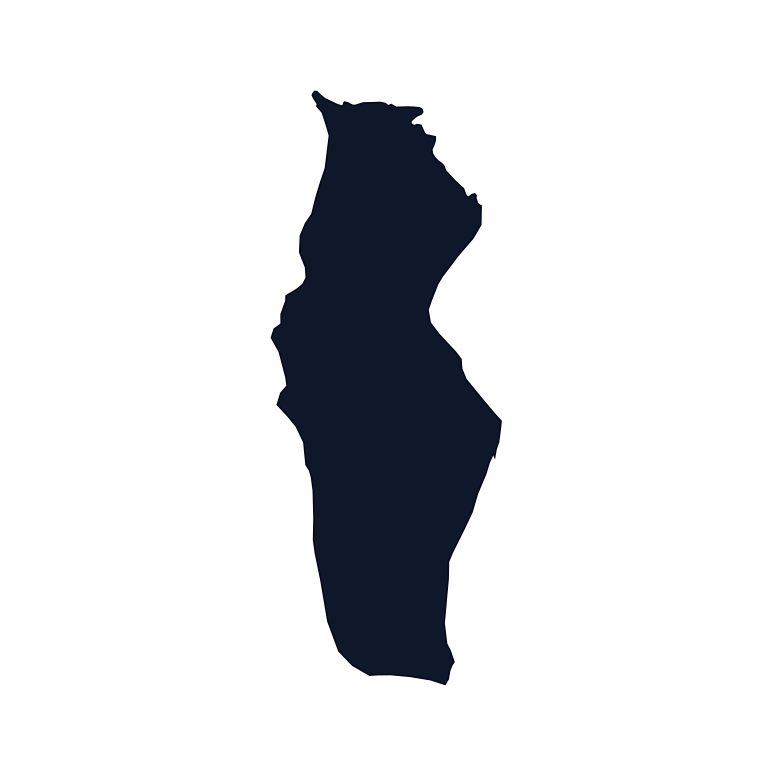 Tchien, Grand Gedeh, Liberia, rotated 317°
{"feature_id": "62588387B79134287051190", "entity_name": "Tchien", "entity_type": "district", "adm_level": 2, "iso_a3": "LBR", "parent_name": "Liberia", "parent_adm1": "Grand Gedeh", "projection": "natural_earth1", "projection_center": [-8.022, 6.011], "detail": "fine", "context": "isolated", "style": "filled", "palette": "ink", "viewbox_px": 768, "rotation_deg": 317, "n_neighbors": 0, "source": "geoboundaries", "source_scale": "gbopen_adm2", "svg_char_len": 2295}
<svg xmlns="http://www.w3.org/2000/svg" viewBox="0 0 768 768"><g transform="rotate(317 384 384)"><path d="M223.8,645.4L227.9,644.1L228.7,643.9L229.9,643.5L236.4,638.5L241.6,636.0L245.6,635.0L250.4,624.3L252.6,616.7L264.8,600.0L281.7,584.9L282.3,584.3L298.1,570.2L309.9,558.0L318.6,554.0L345.0,544.1L361.2,537.6L365.9,534.8L377.4,528.0L388.9,522.8L397.5,518.9L407.1,513.3L416.7,509.3L415.3,512.8L421.7,508.0L428.3,504.5L434.4,499.5L440.5,494.4L444.4,490.9L444.5,481.2L445.3,464.5L445.4,463.0L447.1,436.6L451.1,426.0L457.2,418.4L458.1,409.5L458.1,399.6L458.1,390.4L458.1,385.0L459.5,370.8L466.9,359.6L476.5,354.6L491.4,347.5L499.1,345.3L500.1,345.0L525.9,340.5L547.8,338.1L548.6,338.0L563.5,333.5L576.7,319.8L576.1,319.4L575.6,315.7L578.0,310.6L580.0,308.9L580.0,306.7L577.2,305.4L573.4,305.2L572.4,302.9L573.6,299.3L575.4,295.3L574.9,290.9L574.5,284.0L574.5,269.8L576.6,265.0L576.5,261.5L575.7,258.2L575.6,252.5L576.6,248.4L578.9,245.1L583.7,243.1L587.9,240.6L590.1,238.2L587.5,234.3L586.6,233.0L584.8,230.6L584.7,228.0L587.5,219.9L585.2,216.9L582.5,215.7L581.5,213.9L581.5,211.6L583.3,210.0L590.8,210.3L595.2,211.9L597.8,211.6L599.2,209.1L598.4,206.4L594.8,202.2L590.3,197.6L581.5,189.9L579.9,184.5L576.9,183.6L576.1,179.6L573.3,175.5L568.6,171.5L560.7,164.4L552.5,160.4L550.8,158.2L549.2,153.6L547.5,150.9L546.4,151.0L544.6,152.3L542.6,152.0L540.0,146.9L535.3,135.1L534.5,129.2L534.4,124.3L532.5,122.6L529.6,123.3L528.5,124.0L527.5,126.9L527.0,130.3L526.3,133.5L525.4,134.8L524.4,134.8L524.1,143.3L517.9,156.5L513.5,165.1L502.6,174.2L495.4,180.3L488.2,186.3L475.9,192.9L463.4,200.1L461.1,201.5L447.1,210.6L436.1,213.1L435.3,213.4L429.4,216.1L423.9,218.6L412.1,230.3L406.2,245.2L399.6,253.3L392.6,255.8L390.3,255.7L384.8,255.3L378.7,254.0L372.5,252.7L369.0,256.3L356.3,262.8L349.8,269.9L341.1,268.9L333.2,273.4L329.4,288.9L328.7,290.3L320.3,305.8L320.0,306.4L317.4,311.2L317.2,311.7L311.9,319.3L302.3,320.3L293.3,325.5L291.8,326.3L291.8,342.1L290.9,355.2L285.7,371.9L279.3,380.2L273.2,388.2L271.9,389.9L270.6,396.5L267.5,402.6L262.2,410.0L259.6,413.7L241.2,434.5L226.4,449.7L225.0,451.6L218.5,460.8L203.8,484.9L181.1,519.3L168.8,548.7L169.2,568.4L169.5,569.4L174.9,587.2L180.6,591.8L190.6,600.9L203.7,615.6L216.3,631.9L223.8,645.4Z" fill="#0f172a" stroke="#020617" stroke-width="1.5"/></g></svg>